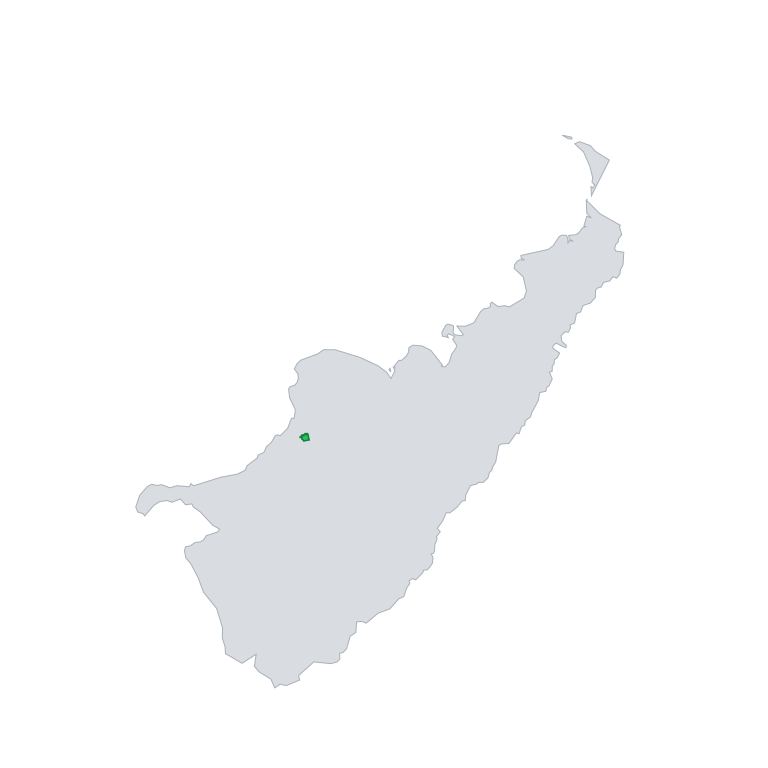 San Pedro, Buenos Aires, Argentina (highlighted), rotated 214°
{"feature_id": "61730980B44314370056359", "entity_name": "San Pedro", "entity_type": "district", "adm_level": 2, "iso_a3": "ARG", "parent_name": "Argentina", "parent_adm1": "Buenos Aires", "projection": "orthographic", "projection_center": [-59.651, -33.797], "detail": "fine", "context": "in_parent", "style": "filled", "palette": "green", "viewbox_px": 768, "rotation_deg": 214, "n_neighbors": 0, "source": "geoboundaries", "source_scale": "gbopen_adm2", "svg_char_len": 5274}
<svg xmlns="http://www.w3.org/2000/svg" viewBox="0 0 768 768"><g transform="rotate(214 384 384)"><path d="M455.4,227.0L450.9,234.7L451.8,239.8L447.6,252.0L448.7,254.4L445.3,260.2L446.4,266.4L444.7,272.4L445.3,280.0L444.0,282.3L441.2,282.9L439.1,293.5L441.5,303.7L439.4,305.6L443.1,313.1L454.6,319.8L460.3,326.5L460.4,329.2L457.3,333.3L456.9,336.7L458.5,341.4L461.3,344.4L466.8,346.4L467.4,353.0L466.3,357.3L455.7,372.1L453.3,378.6L443.6,385.1L418.8,392.6L399.7,395.7L388.7,395.3L381.3,392.4L382.2,400.9L385.8,403.3L384.0,403.5L385.5,405.0L384.9,411.9L382.7,413.3L381.2,419.1L381.4,424.1L383.7,428.2L381.7,432.4L373.7,436.8L364.1,438.1L346.0,432.3L346.6,431.1L345.7,430.8L342.9,432.3L342.0,438.0L344.5,446.7L344.4,454.4L345.6,456.8L352.1,459.4L351.8,462.5L354.0,462.7L358.5,461.8L358.9,459.3L356.5,458.5L362.5,456.3L365.0,459.4L365.6,467.2L364.6,469.3L359.9,471.0L358.5,470.7L355.5,465.3L353.1,464.3L346.5,467.5L345.8,469.3L356.0,472.8L348.9,477.3L343.7,484.9L344.4,498.2L343.4,502.0L339.7,505.7L339.2,508.3L340.7,509.7L340.4,512.2L332.8,511.9L327.9,516.3L323.2,518.0L315.9,533.6L317.9,540.8L328.4,550.6L340.7,552.6L342.4,556.0L342.3,560.2L341.1,562.8L336.9,565.4L340.7,565.1L342.4,567.2L323.2,587.3L321.1,593.0L321.2,604.3L319.8,606.8L315.9,609.3L312.8,607.2L310.1,603.3L310.6,606.6L306.9,608.2L311.5,607.9L314.0,610.5L308.3,615.1L306.9,619.0L306.8,624.2L304.8,627.4L306.6,626.6L309.7,636.5L305.0,637.6L311.1,638.8L319.2,649.6L318.8,650.5L318.4,649.4L300.3,645.9L276.8,647.7L276.8,646.1L270.4,640.7L270.8,636.1L269.3,632.5L269.9,629.0L268.4,625.0L266.1,623.9L258.9,627.3L252.6,616.7L251.8,610.6L249.8,606.9L250.3,601.8L254.2,601.0L254.5,595.6L258.9,590.9L258.1,585.9L260.8,582.7L261.1,580.1L257.2,573.9L258.1,566.6L262.8,560.5L261.3,553.7L263.8,550.0L260.1,541.1L262.7,536.9L260.8,535.0L260.1,530.1L263.1,528.5L264.3,523.0L260.4,518.7L254.3,518.0L253.6,515.6L264.3,514.1L265.1,510.2L264.1,508.0L255.7,507.9L255.1,502.7L256.4,499.2L254.3,496.1L254.5,492.9L251.7,488.6L253.5,486.3L247.4,482.3L246.2,474.6L247.2,472.5L245.8,468.4L250.2,463.9L246.9,456.7L245.4,442.4L244.1,438.6L246.4,432.4L244.3,428.7L246.2,425.5L244.3,418.3L246.9,417.4L247.2,404.5L253.3,400.0L254.4,397.3L247.8,381.8L247.6,375.7L246.3,373.0L247.1,369.4L245.3,364.3L246.7,358.0L251.0,355.0L251.2,352.9L255.5,348.1L254.2,337.9L251.5,332.8L253.8,330.6L254.6,322.6L257.4,313.9L260.4,312.2L258.8,302.8L259.1,294.1L254.8,293.0L255.2,286.8L253.5,285.5L252.0,279.2L248.7,273.8L248.3,271.3L249.7,269.5L246.4,267.6L243.7,262.7L243.7,257.8L244.0,254.5L247.1,251.7L246.3,249.5L248.2,239.4L251.7,238.5L253.2,234.8L251.1,233.1L251.1,227.2L248.7,218.9L251.6,214.3L253.4,200.9L260.7,190.8L265.1,175.7L269.3,175.0L273.7,171.5L268.4,162.3L271.0,156.0L267.0,143.6L267.7,138.8L270.2,135.9L266.8,131.3L267.5,127.3L271.7,122.4L286.8,114.4L291.8,94.5L288.4,91.4L296.3,79.4L302.3,77.0L304.6,71.0L312.8,76.1L326.6,75.5L333.5,77.4L338.9,88.5L345.5,73.1L364.7,71.8L368.7,77.2L376.1,83.1L381.3,91.4L397.2,104.3L417.3,110.5L429.6,119.4L443.9,127.1L450.9,128.9L456.3,134.3L457.5,138.2L454.3,141.2L451.9,147.1L448.0,150.3L446.4,154.1L446.6,158.9L439.1,168.3L439.3,171.8L446.8,171.1L464.7,175.2L473.4,175.4L476.2,177.2L481.0,172.9L488.5,174.9L493.7,167.4L498.7,166.1L504.2,161.0L507.0,154.6L508.6,140.8L511.5,141.8L516.6,140.2L521.0,143.2L524.3,155.2L522.9,166.4L520.7,170.8L515.2,173.1L512.1,176.2L503.5,178.2L498.6,184.0L487.9,190.0L488.4,193.4L485.0,193.1L466.8,215.9L455.4,227.0ZM322.4,695.6L317.3,656.1L322.8,663.4L320.6,663.2L320.4,666.9L324.2,667.4L326.5,671.9L335.6,680.0L348.3,687.9L360.2,689.8L357.4,694.2L346.2,697.0L339.2,695.1L322.4,695.6ZM365.1,692.2L368.5,690.4L375.4,689.9L366.5,693.5L365.1,692.2ZM387.9,398.7L387.8,400.4L385.1,397.8L387.9,398.7Z" fill="#d9dde1" stroke="#a8b0b8" stroke-width="1"/><path d="M415.5,296.5L416.6,297.5L416.9,297.8L418.1,299.0L418.7,299.5L419.3,300.0L419.5,300.1L419.7,299.9L419.7,300.0L419.8,300.0L419.8,299.9L420.0,299.8L420.0,299.7L420.3,299.5L420.2,299.5L420.2,299.4L420.3,299.4L420.4,299.2L420.5,299.1L420.4,299.1L420.5,299.1L420.4,299.0L420.5,299.0L420.5,298.9L420.6,298.7L420.8,298.7L421.0,298.6L420.9,298.5L421.0,298.5L421.0,298.4L421.3,298.3L421.5,298.3L421.5,298.2L421.4,298.2L421.5,298.2L421.4,298.2L421.5,298.2L421.6,297.9L421.8,297.8L421.7,297.8L421.8,297.8L421.8,297.7L421.7,297.7L421.8,297.7L421.7,297.7L421.8,297.7L421.9,297.4L422.0,297.4L422.0,297.5L422.0,297.4L422.2,297.2L422.2,297.3L422.2,297.2L422.3,297.0L422.3,296.9L422.3,296.7L422.2,296.6L422.3,296.6L422.3,296.4L422.3,296.5L422.4,296.4L422.5,296.3L422.4,296.3L422.5,296.3L422.5,296.2L422.4,296.2L422.5,296.2L422.4,296.0L422.5,296.0L422.4,296.0L422.5,295.9L422.4,295.9L422.5,295.9L422.7,295.7L422.8,295.5L423.0,295.5L423.3,295.5L423.5,295.6L423.6,295.4L423.4,295.4L423.1,295.3L422.9,295.2L424.0,293.0L423.9,292.9L423.6,292.8L423.4,292.9L423.2,293.0L422.8,293.4L422.6,293.7L422.4,293.9L422.2,294.0L422.0,293.9L421.9,293.8L421.8,293.7L421.8,293.4L421.8,293.1L421.7,293.0L421.6,292.8L421.5,292.6L421.3,292.5L421.1,292.5L421.1,292.4L420.8,292.4L420.7,292.4L420.7,292.5L420.4,292.6L419.9,292.5L419.6,292.4L419.3,292.3L419.2,292.2L419.0,291.9L418.8,291.8L418.7,291.8L417.1,293.5L415.9,294.7L415.4,295.2L415.4,295.3L415.1,295.3L414.8,295.7L415.7,296.5L415.5,296.5Z" fill="#22c55e" stroke="#15803d" stroke-width="1.5"/></g></svg>